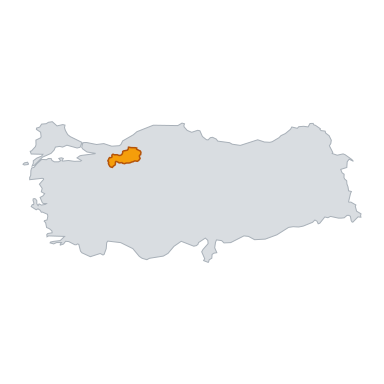 Turkey, with Bolu highlighted
{"feature_id": "TUR-2268", "entity_name": "Bolu", "entity_type": "Province", "adm_level": 1, "iso_a3": "TUR", "parent_name": "Turkey", "parent_adm1": "", "projection": "albers", "projection_center": [31.568, 40.592], "detail": "fine", "context": "in_parent", "style": "filled", "palette": "amber", "viewbox_px": 384, "rotation_deg": 0, "n_neighbors": 0, "source": "natural_earth", "source_scale": "10m", "svg_char_len": 4595}
<svg xmlns="http://www.w3.org/2000/svg" viewBox="0 0 384 384"><path d="M291.8,127.0L297.3,128.3L298.8,126.7L303.6,126.3L308.1,126.9L310.0,123.5L313.1,123.4L313.9,124.9L315.4,125.3L320.3,128.7L319.9,129.3L321.1,130.6L325.1,131.1L325.7,133.1L329.1,135.7L331.3,140.2L330.8,143.5L329.4,145.8L332.8,152.5L332.2,153.5L337.2,155.2L343.1,153.9L345.1,154.7L351.7,159.4L353.4,161.3L349.1,159.2L347.2,161.8L346.8,167.5L340.7,169.4L342.1,172.8L344.1,174.2L344.0,177.6L344.6,178.9L346.7,180.8L346.9,183.9L348.0,186.9L348.6,190.8L351.4,191.5L350.5,193.5L348.6,201.6L348.9,202.2L350.9,202.1L355.9,205.0L355.3,206.3L356.6,211.2L361.0,213.8L360.6,215.6L360.9,217.2L358.0,216.9L352.9,222.1L352.2,222.1L351.2,220.7L350.4,216.3L348.9,215.4L347.0,215.4L344.2,217.8L341.3,218.1L338.4,218.1L330.5,216.4L327.9,217.7L324.8,217.0L319.8,223.2L318.2,223.8L317.0,221.2L314.9,220.0L312.6,222.3L303.2,226.1L298.7,227.0L293.1,226.7L288.6,227.4L276.9,234.8L265.3,239.1L254.6,239.7L248.5,236.4L243.9,235.9L230.7,242.6L224.0,242.9L221.6,240.6L216.5,239.9L215.5,242.3L214.7,247.8L216.8,252.7L213.9,253.2L212.1,254.4L211.8,258.2L209.2,259.8L208.5,262.2L208.0,262.3L203.6,260.6L204.7,258.7L201.7,251.8L202.9,249.6L208.1,243.6L207.8,240.3L205.3,238.1L198.5,242.6L198.0,244.3L196.4,245.6L193.8,246.2L181.2,241.3L174.0,246.3L168.0,253.4L163.3,256.1L149.4,258.3L146.9,259.7L142.1,258.3L139.3,256.4L132.8,248.6L120.6,242.6L107.8,241.1L106.7,242.6L106.2,248.7L104.1,254.4L103.0,255.0L100.2,253.5L90.3,256.7L81.9,252.8L80.5,251.1L78.8,244.4L77.5,243.9L76.2,244.8L74.7,244.7L68.8,241.6L65.6,241.3L63.5,244.0L60.3,245.1L60.2,244.3L61.5,242.5L56.5,242.6L53.7,243.9L50.1,242.9L50.4,242.1L53.4,241.4L60.2,240.6L64.6,236.4L48.6,235.9L47.0,236.8L46.8,234.5L47.8,233.5L52.1,232.8L51.9,230.9L49.4,228.7L46.6,227.5L45.6,222.6L44.2,221.3L44.4,220.7L47.1,219.9L47.8,216.4L47.5,214.3L42.5,212.1L41.3,212.2L40.2,210.3L38.0,208.8L36.2,209.8L31.2,206.6L32.3,204.6L33.6,204.7L33.9,203.1L33.0,200.3L33.2,198.9L34.4,198.6L35.6,199.0L36.8,200.7L36.8,203.8L38.1,205.7L39.1,203.9L41.4,205.1L45.6,204.3L46.5,203.5L43.4,203.5L42.3,202.7L40.1,197.4L42.7,196.1L44.7,193.7L41.3,191.8L42.2,188.4L39.4,184.2L43.6,179.4L43.5,178.6L42.2,178.3L29.7,179.7L29.7,177.4L30.7,175.5L30.9,170.6L31.6,168.0L34.0,167.4L37.0,163.7L41.7,159.4L46.4,159.7L48.4,158.5L51.2,158.6L51.9,160.4L54.3,161.8L58.6,161.8L60.7,160.7L58.8,158.4L61.3,157.8L63.3,158.4L62.1,160.8L62.7,161.1L68.3,160.5L74.1,161.3L80.6,161.2L81.5,160.5L77.0,157.9L79.9,155.8L81.6,155.4L95.1,153.7L95.2,153.3L87.0,152.0L82.8,149.0L81.7,147.4L82.6,143.6L83.5,142.6L86.5,142.5L96.6,144.5L103.8,143.6L111.7,146.2L119.2,145.7L120.8,144.6L122.7,140.9L133.3,134.8L136.9,131.7L153.3,125.2L177.8,125.6L182.0,123.1L184.5,123.8L183.9,125.4L184.1,126.9L187.2,130.4L191.7,132.3L197.7,130.3L199.9,130.8L202.4,136.5L206.4,139.7L208.1,139.9L210.3,137.7L212.5,137.3L216.3,139.1L217.7,141.1L229.6,142.7L232.2,144.2L240.3,145.4L257.7,139.8L264.4,142.0L269.9,142.3L272.2,141.7L279.0,137.7L281.0,135.6L285.3,133.6L290.5,129.3L291.8,127.0ZM65.0,125.1L64.5,127.7L65.4,130.5L67.7,134.6L70.2,136.6L82.0,142.4L80.1,147.3L77.1,148.0L66.9,145.2L62.6,147.1L59.6,146.4L55.4,147.1L54.1,150.1L51.0,153.4L42.4,157.2L34.4,165.2L32.1,166.1L33.3,163.3L33.3,160.8L36.8,158.1L41.6,156.1L42.9,154.3L31.2,154.0L30.2,151.3L31.5,150.9L35.5,146.5L36.0,144.7L35.9,140.1L40.6,137.8L41.1,136.7L40.6,132.2L36.4,129.4L36.5,128.1L39.7,127.1L41.6,124.1L46.2,123.7L48.4,122.3L52.3,121.7L57.0,125.9L62.8,124.6L65.0,125.1ZM28.2,164.5L24.2,165.0L23.0,164.2L24.4,162.9L27.5,162.2L28.4,163.6L28.2,164.5Z" fill="#d9dde1" stroke="#a8b0b8" stroke-width="1"/><path d="M140.6,154.7L139.9,155.0L139.5,155.4L139.4,156.6L140.1,158.4L139.8,159.0L139.2,159.7L138.7,160.5L137.3,161.3L135.0,160.9L134.2,161.1L133.5,161.6L131.5,162.1L130.3,162.7L128.9,163.0L126.7,163.0L126.1,163.1L124.5,163.7L124.0,163.6L123.4,163.4L122.9,163.4L122.5,163.2L122.0,162.6L119.1,162.9L117.6,161.9L116.0,161.4L115.5,161.9L115.4,162.7L115.4,164.1L114.9,165.2L113.5,166.0L112.4,167.4L111.3,167.2L110.3,166.8L109.6,166.0L108.6,164.1L108.4,163.1L108.7,162.3L108.3,161.5L107.9,161.0L107.9,160.5L108.1,160.2L108.3,160.1L108.8,158.7L109.5,157.6L110.7,157.7L111.8,157.2L112.0,156.5L111.9,155.8L111.9,155.1L113.0,154.2L114.4,154.8L117.1,154.7L119.1,155.5L120.7,155.3L122.0,154.3L122.7,152.7L122.7,151.5L123.6,150.9L125.8,150.5L127.3,150.2L128.2,149.1L128.5,147.2L129.7,147.3L130.8,147.6L134.4,147.7L135.2,147.7L136.7,148.0L136.6,148.6L136.6,149.2L137.0,149.5L137.5,149.6L138.3,150.1L140.3,151.0L140.9,152.2L140.9,152.8L140.8,153.1L140.8,153.5L140.6,154.7Z" fill="#f59e0b" stroke="#b45309" stroke-width="1.5"/></svg>